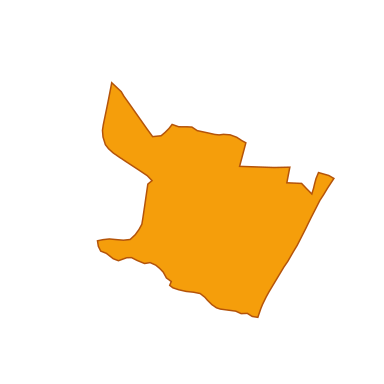 Makadara, Nairobi, Kenya (Albers equal-area conic projection), rotated 42°
{"feature_id": "3690345B46803652809232", "entity_name": "Makadara", "entity_type": "district", "adm_level": 2, "iso_a3": "KEN", "parent_name": "Kenya", "parent_adm1": "Nairobi", "projection": "albers", "projection_center": [36.866, -1.295], "detail": "fine", "context": "isolated", "style": "filled", "palette": "amber", "viewbox_px": 384, "rotation_deg": 42, "n_neighbors": 0, "source": "geoboundaries", "source_scale": "gbopen_adm2", "svg_char_len": 1521}
<svg xmlns="http://www.w3.org/2000/svg" viewBox="0 0 384 384"><g transform="rotate(42 192 192)"><path d="M309.6,179.5L307.2,168.3L305.9,161.4L301.0,143.1L299.6,138.3L297.7,131.6L294.6,119.9L292.6,112.5L291.6,105.9L290.1,98.2L288.4,87.0L282.6,88.2L273.0,92.9L275.2,99.1L277.7,104.0L279.7,107.6L282.4,113.3L275.4,112.9L267.7,112.3L256.3,121.7L248.1,108.1L236.6,118.9L210.2,141.1L199.1,119.4L194.6,120.5L188.6,121.4L182.1,124.0L176.8,128.1L174.0,131.4L170.4,134.0L165.4,136.8L160.0,139.9L154.8,142.9L148.5,143.8L144.9,146.7L138.5,152.4L132.0,155.1L132.4,160.2L132.1,165.9L131.4,170.9L125.7,177.2L116.6,175.3L87.3,168.6L77.3,166.4L72.3,164.8L59.2,164.5L61.6,168.4L65.8,175.4L69.8,182.1L73.8,188.9L81.1,201.4L84.2,206.1L89.1,210.7L96.0,214.8L101.1,215.7L107.3,215.7L115.1,214.7L123.2,213.5L138.0,211.2L147.8,209.8L154.7,210.3L153.9,215.7L158.5,222.6L166.2,234.1L173.1,244.5L176.3,249.5L177.7,255.3L178.4,261.7L177.8,268.7L173.3,273.7L168.7,277.2L162.0,282.2L157.8,286.9L154.4,291.5L158.7,295.0L163.7,297.0L169.4,294.9L178.1,294.3L183.3,292.3L187.5,284.5L191.0,281.2L197.0,279.6L204.6,276.9L208.1,272.5L214.0,270.6L219.1,270.4L224.3,270.8L230.5,273.0L236.5,272.4L237.9,276.3L241.9,276.0L247.4,273.6L254.2,269.8L260.1,265.5L266.0,262.0L272.0,261.6L275.9,262.1L282.1,262.4L287.6,261.7L291.3,260.1L298.2,255.4L304.2,251.3L309.9,249.5L314.3,245.2L320.0,244.2L324.8,241.1L321.2,232.7L319.6,228.3L317.3,220.2L316.0,214.6L315.0,209.5L311.8,193.0L310.5,186.4L309.6,179.5Z" fill="#f59e0b" stroke="#b45309" stroke-width="1.5"/></g></svg>